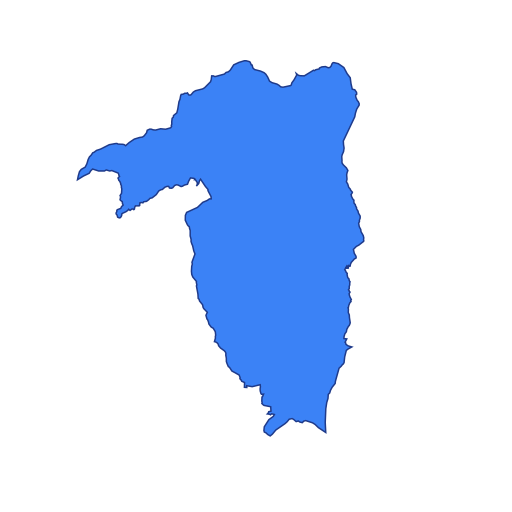 the district of Salasu De Sus, Hunedoara, Romania, rotated 162°
{"feature_id": "2599482B95724564530816", "entity_name": "Salasu De Sus", "entity_type": "district", "adm_level": 2, "iso_a3": "ROU", "parent_name": "Romania", "parent_adm1": "Hunedoara", "projection": "orthographic", "projection_center": [22.966, 45.458], "detail": "fine", "context": "isolated", "style": "filled", "palette": "blue", "viewbox_px": 512, "rotation_deg": 162, "n_neighbors": 0, "source": "geoboundaries", "source_scale": "gbopen_adm2", "svg_char_len": 6141}
<svg xmlns="http://www.w3.org/2000/svg" viewBox="0 0 512 512"><g transform="rotate(162 256 256)"><path d="M196.2,142.1L197.7,144.1L197.6,146.2L197.9,146.5L195.3,149.1L197.9,150.3L197.2,152.1L195.5,154.6L193.5,156.0L192.3,158.2L189.9,160.5L188.8,161.1L187.6,162.5L187.0,163.5L186.2,168.4L185.5,171.1L185.7,173.7L184.5,177.0L184.5,178.3L184.1,178.4L183.0,180.4L181.1,182.6L179.7,183.3L179.7,184.4L178.8,185.1L179.3,188.0L179.3,190.0L179.1,191.4L177.8,192.5L177.8,193.0L178.2,193.5L178.1,194.4L178.5,195.3L177.4,196.2L176.7,198.3L175.8,199.5L175.1,201.6L174.5,202.4L174.9,203.5L174.7,205.7L175.4,207.0L175.4,207.5L175.1,210.2L174.6,211.3L175.3,212.7L175.3,213.8L175.8,215.7L174.9,216.3L174.4,217.1L173.8,216.8L173.6,216.3L173.1,216.2L173.4,217.9L172.5,218.6L171.7,216.6L171.2,217.9L170.8,218.3L170.2,217.4L169.6,217.3L168.7,219.0L167.3,220.5L163.2,222.9L161.7,223.0L161.1,223.9L161.0,225.0L161.7,228.2L161.3,232.2L157.6,234.1L154.8,234.6L149.3,236.6L148.8,237.0L148.6,238.5L147.9,239.9L147.7,242.3L148.6,246.7L148.2,248.9L148.7,251.7L148.6,253.1L148.2,255.6L147.0,256.7L146.7,257.9L145.2,259.9L144.6,261.8L145.3,265.2L145.1,267.2L145.8,269.7L145.4,271.2L145.8,272.5L145.7,274.3L146.4,275.8L146.1,277.7L145.6,278.8L146.3,280.2L146.8,283.4L146.5,284.5L146.6,285.1L145.2,286.1L144.6,286.9L145.7,289.4L145.6,290.3L146.6,292.7L146.5,296.1L147.1,298.6L145.7,301.0L144.7,305.2L143.6,307.2L142.2,308.9L142.8,311.9L144.7,315.5L145.4,317.6L145.1,319.3L144.7,320.2L143.7,324.1L142.8,325.6L140.5,328.2L138.9,331.4L138.3,335.0L137.4,338.4L119.1,357.8L117.3,361.1L114.8,364.6L111.3,367.6L110.8,368.9L111.0,371.1L111.7,372.9L112.0,376.4L111.4,378.4L110.2,378.8L109.8,380.6L110.7,383.6L112.9,384.9L112.4,390.5L111.3,396.4L113.0,401.3L114.2,408.1L118.3,413.5L122.2,415.9L123.2,416.0L124.2,415.4L126.0,413.3L127.4,412.5L129.1,412.7L131.4,414.7L134.9,415.5L137.5,415.2L138.1,414.4L141.6,414.7L143.0,414.2L143.9,414.9L154.4,412.4L158.0,413.7L159.8,414.7L161.3,417.1L161.3,415.6L165.5,411.7L168.4,409.6L169.6,407.8L170.5,407.4L178.2,408.2L180.3,409.3L181.2,411.0L182.9,413.0L187.2,415.9L189.1,418.1L189.6,422.6L190.5,425.9L191.7,427.9L194.6,430.5L199.8,433.8L200.9,436.0L200.7,438.2L200.8,439.0L201.4,439.2L201.7,442.2L202.2,442.9L205.0,444.7L206.8,445.3L212.3,445.4L218.1,444.7L223.2,440.6L225.4,439.7L227.8,439.8L229.8,438.8L238.9,439.2L239.9,439.5L240.9,440.5L242.5,441.0L244.1,437.5L245.5,435.7L252.9,431.9L255.1,431.4L262.5,431.9L264.9,431.3L268.0,429.4L269.0,429.4L270.2,430.0L270.8,432.3L271.6,432.2L273.5,432.8L275.2,432.4L277.2,432.8L278.1,431.8L279.9,428.5L281.6,426.5L285.0,419.9L287.1,416.6L291.0,415.1L291.8,413.5L293.2,412.9L294.7,409.6L295.3,407.5L296.2,406.4L296.3,405.2L297.6,404.3L302.8,404.5L307.4,406.5L312.6,406.8L314.7,407.7L316.6,409.1L318.0,409.5L320.6,409.2L322.0,407.0L325.3,404.8L327.2,404.2L330.1,404.7L335.6,404.8L341.5,403.1L345.9,401.2L347.0,402.7L348.2,403.4L352.5,405.0L353.5,406.0L355.1,406.4L361.2,407.2L370.9,405.7L375.1,405.7L377.9,404.7L379.4,404.6L381.8,402.7L383.7,401.8L385.7,399.8L388.4,395.9L391.0,393.3L395.4,392.4L397.8,390.8L400.1,387.4L402.2,383.7L395.2,385.4L389.1,386.2L386.7,388.2L384.5,389.2L379.4,385.5L373.9,383.7L371.8,384.1L368.9,382.1L366.7,381.8L361.5,377.5L361.3,376.2L361.5,375.5L361.2,373.8L362.8,373.1L363.2,372.5L363.0,371.6L363.1,370.5L362.4,368.8L362.4,367.6L362.2,367.0L362.5,366.2L362.3,364.2L362.8,363.1L362.9,361.3L364.5,357.2L366.6,355.5L366.5,354.6L366.9,353.3L367.9,351.6L367.8,351.0L366.4,349.0L366.8,347.1L366.6,345.5L368.6,344.5L369.9,343.1L373.5,342.9L374.2,342.5L374.7,341.2L375.8,340.1L376.0,339.1L375.5,337.9L375.6,335.7L374.3,334.5L373.1,334.4L371.8,335.4L370.9,336.6L370.8,337.4L370.0,337.8L366.0,338.3L363.8,339.0L362.7,339.8L361.7,338.3L359.5,339.0L358.4,338.7L358.0,337.9L357.6,337.9L357.1,338.2L356.4,339.7L355.2,340.9L351.5,339.8L351.0,340.0L350.7,341.1L350.3,341.5L350.2,342.3L349.8,342.5L348.5,342.3L347.1,341.5L346.2,342.3L343.2,341.8L340.6,342.7L339.0,343.6L336.8,343.4L331.9,345.2L328.4,347.9L326.1,348.4L324.5,348.2L321.3,349.6L319.1,349.7L317.7,349.3L317.5,349.1L317.3,347.4L315.6,346.6L314.2,346.6L311.6,348.2L309.6,348.3L308.1,347.5L305.8,345.2L304.4,345.1L302.1,345.6L299.0,345.4L296.9,348.0L294.2,350.5L291.0,349.0L290.4,348.2L290.9,347.6L290.1,347.4L289.1,343.7L290.2,341.7L291.1,340.9L288.1,342.6L286.5,345.0L285.0,346.2L282.6,337.7L281.1,334.2L281.4,333.5L281.4,332.4L280.4,326.5L280.9,324.2L282.7,324.7L285.2,323.9L290.0,323.5L296.7,320.3L308.5,318.9L310.6,316.5L312.2,311.9L311.6,307.0L311.2,305.7L310.4,304.5L310.7,302.6L310.7,300.6L312.4,295.4L312.6,291.8L313.3,289.9L313.3,287.1L313.1,285.5L313.6,280.1L313.4,276.8L318.5,270.3L318.9,269.6L319.0,268.1L320.3,266.1L322.1,261.5L322.8,258.3L322.6,255.5L320.5,250.2L320.9,249.4L321.2,246.7L321.9,246.0L323.0,237.7L324.1,233.5L323.5,232.4L323.6,230.7L321.9,226.2L322.2,223.3L321.8,221.8L319.7,217.5L321.9,215.1L322.0,214.3L322.1,211.2L321.7,210.4L321.6,208.1L321.8,205.8L320.6,202.3L319.0,200.5L318.1,196.6L318.8,193.2L319.6,191.9L320.0,190.4L322.0,187.4L320.9,186.7L319.8,185.4L319.2,183.8L319.3,182.2L318.1,179.3L315.4,175.7L314.8,174.2L314.7,172.8L315.4,170.9L315.8,168.0L316.8,164.8L316.8,162.9L316.5,159.4L315.6,158.2L314.5,154.1L308.8,148.0L308.7,145.0L309.1,144.7L309.0,143.4L308.4,142.6L308.3,141.3L306.0,139.2L307.6,134.7L305.4,133.8L304.9,135.5L300.0,132.9L291.8,132.3L292.2,130.3L293.2,128.3L293.7,126.3L293.8,123.6L293.5,122.8L291.5,122.3L293.4,120.1L293.9,120.0L295.3,116.2L295.5,114.5L296.0,113.9L295.0,112.0L294.5,111.4L288.6,108.1L289.7,103.8L292.0,104.0L293.0,102.8L294.0,102.3L292.0,101.3L291.3,100.5L289.9,101.1L287.5,99.6L289.1,98.1L294.3,96.4L300.9,91.0L302.4,87.6L302.5,86.0L301.2,84.8L300.0,82.6L298.1,80.5L295.5,81.5L290.9,84.4L280.2,87.6L277.7,88.7L274.9,90.5L271.9,90.2L270.6,88.8L269.0,86.1L266.7,86.0L265.7,84.6L263.5,83.2L261.5,84.2L259.6,84.1L253.8,79.9L251.8,77.5L249.7,73.5L244.2,66.6L241.6,76.3L236.8,89.2L234.0,94.8L231.6,98.2L230.0,102.1L228.2,103.0L226.7,105.2L224.2,107.6L220.1,110.3L219.2,112.3L211.7,123.6L209.1,124.8L207.2,126.1L206.4,126.3L205.2,127.4L202.8,132.7L199.3,138.3L197.1,139.1L193.0,139.9L196.2,142.1Z" fill="#3b82f6" stroke="#1e3a8a" stroke-width="1.5"/></g></svg>